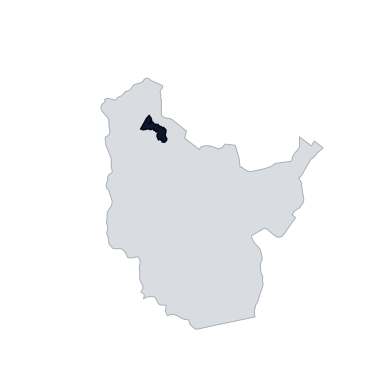 Aweil West, Northern Bahr el Ghazal, South Sudan (highlighted), rotated 37°
{"feature_id": "79223893B18780774215456", "entity_name": "Aweil West", "entity_type": "district", "adm_level": 2, "iso_a3": "SSD", "parent_name": "South Sudan", "parent_adm1": "Northern Bahr el Ghazal", "projection": "natural_earth1", "projection_center": [26.922, 8.906], "detail": "fine", "context": "in_parent", "style": "filled", "palette": "ink", "viewbox_px": 384, "rotation_deg": 37, "n_neighbors": 0, "source": "geoboundaries", "source_scale": "gbopen_adm2", "svg_char_len": 4326}
<svg xmlns="http://www.w3.org/2000/svg" viewBox="0 0 384 384"><g transform="rotate(37 192 192)"><path d="M288.4,287.2L279.2,297.9L278.5,298.5L277.4,299.4L273.7,299.4L269.8,298.8L266.3,296.1L262.7,298.2L260.4,298.9L259.1,299.1L255.8,299.5L251.3,300.6L249.3,302.1L248.2,303.2L247.3,305.3L246.8,305.5L246.0,305.3L244.9,304.4L242.5,303.2L241.2,300.6L240.1,299.0L239.2,298.1L235.4,300.8L233.5,301.4L232.0,301.3L229.2,299.8L226.2,298.6L224.6,298.6L222.3,300.1L219.6,302.5L218.2,304.9L217.5,306.3L216.6,304.1L215.7,302.8L214.4,302.3L211.8,302.8L211.2,302.0L211.1,300.2L210.7,298.5L210.1,297.3L208.1,296.0L203.0,293.4L199.1,288.3L197.1,285.9L195.6,284.4L193.6,280.4L191.3,277.6L188.4,276.3L186.6,277.0L184.7,279.9L181.1,282.7L179.4,282.8L177.3,281.3L174.6,280.2L169.8,279.7L167.8,281.1L165.2,283.2L163.1,284.5L161.7,284.6L160.4,284.1L159.0,283.8L157.7,283.8L155.2,281.8L153.8,280.4L153.0,279.0L151.5,278.1L149.8,277.3L148.6,276.1L148.0,274.6L147.1,272.6L145.8,270.8L141.9,267.6L140.7,265.8L139.9,263.9L138.3,261.9L136.6,259.2L136.1,255.3L136.0,252.1L135.6,250.6L134.9,249.1L134.1,247.9L132.7,246.5L129.5,244.4L126.2,242.1L124.6,240.7L121.6,240.2L119.8,238.8L118.3,235.9L117.7,233.5L116.2,231.6L115.6,230.3L115.2,228.7L116.4,224.0L114.7,222.4L112.1,220.2L110.2,217.8L109.1,215.6L105.8,212.8L98.5,208.5L94.3,205.8L92.0,203.3L90.0,200.9L89.8,199.9L91.1,197.5L91.3,195.5L90.2,193.3L85.9,189.2L82.4,184.7L79.8,183.3L73.5,182.0L71.7,181.5L69.8,180.7L67.9,178.6L67.3,176.2L68.2,172.4L67.6,171.2L66.6,170.9L66.8,170.1L68.0,168.2L70.0,167.0L75.2,165.1L75.5,164.4L75.6,162.0L76.0,160.8L77.9,157.4L78.1,156.1L78.2,153.3L78.4,151.9L79.0,151.0L80.4,149.3L80.9,148.3L81.1,146.2L81.0,141.9L81.7,140.2L85.0,136.2L85.9,134.5L86.2,132.9L86.1,131.3L86.3,129.8L87.3,128.3L88.2,127.8L90.6,127.3L92.2,127.6L103.8,124.9L105.1,125.3L105.7,126.9L105.7,129.4L105.9,130.6L106.5,131.5L108.3,132.7L109.6,134.7L110.3,135.5L112.1,136.8L120.7,148.4L123.1,149.5L125.5,149.1L130.1,146.7L132.5,146.1L148.8,146.7L150.6,146.4L153.2,152.2L154.4,153.5L172.3,153.6L172.0,152.0L172.2,150.1L175.4,146.6L175.8,146.2L178.6,144.5L181.3,143.3L186.5,142.0L188.4,139.9L189.4,138.0L189.4,134.2L190.1,133.6L191.3,132.8L197.3,129.4L198.4,128.7L209.0,136.5L215.0,142.7L215.3,143.0L215.6,143.1L215.9,142.9L216.2,142.6L216.9,142.3L219.5,142.3L224.3,142.0L225.9,141.2L235.5,130.2L238.0,126.6L238.6,125.9L240.0,123.4L241.4,119.1L241.7,118.6L252.3,108.3L252.6,107.4L252.7,106.8L251.1,103.3L250.8,101.5L250.7,98.8L251.0,94.6L250.9,91.9L250.7,91.2L244.7,83.4L259.6,83.3L259.6,82.4L259.6,82.0L259.3,81.1L259.1,79.9L259.1,79.3L259.2,78.6L259.2,78.3L259.2,78.0L259.2,77.8L259.2,77.7L270.0,77.9L269.8,80.0L268.6,85.1L268.6,88.1L268.3,91.6L268.0,92.6L267.4,93.5L267.2,93.9L267.2,94.3L269.6,113.7L269.4,114.5L268.8,115.7L268.7,116.1L268.6,116.4L268.9,116.6L273.8,118.7L274.1,118.9L274.3,119.0L276.1,121.5L285.8,130.7L286.2,131.2L287.2,134.1L287.3,134.5L287.4,135.2L287.3,135.8L287.1,137.5L287.2,138.3L287.4,138.8L287.5,139.4L287.5,139.6L287.4,140.0L286.0,143.3L285.5,145.7L285.4,147.7L285.5,148.9L285.6,149.6L285.8,149.9L285.9,150.0L290.1,150.1L290.1,151.1L290.8,168.6L290.8,170.6L290.6,173.1L290.1,174.0L289.0,175.4L287.5,176.7L283.7,177.0L280.5,177.0L278.3,176.7L275.2,176.6L272.3,176.9L271.3,177.9L267.5,187.2L266.3,189.6L266.0,190.9L266.4,191.7L267.9,192.9L271.1,194.6L274.9,195.5L277.7,196.0L279.6,196.4L281.1,196.9L286.4,201.1L288.1,203.1L289.1,204.8L289.3,206.7L290.1,208.6L295.0,214.4L299.6,217.1L301.4,220.2L303.1,221.7L304.7,223.4L305.6,225.8L307.7,232.8L309.0,236.5L310.4,239.5L311.0,244.3L312.1,246.5L313.2,249.2L315.1,251.6L317.1,253.4L317.4,253.9L297.5,276.7L288.4,287.2Z" fill="#d9dde1" stroke="#a8b0b8" stroke-width="1"/><path d="M140.3,168.5L140.5,166.0L139.7,166.3L139.7,164.6L139.0,164.7L138.8,164.3L136.6,163.0L134.2,158.6L133.5,158.2L132.6,158.9L133.1,158.0L130.4,157.6L129.9,158.5L129.3,159.0L128.4,158.3L126.1,159.1L124.3,158.5L121.2,160.5L118.4,159.7L116.4,162.2L116.7,159.1L114.7,157.6L111.7,156.7L111.4,160.3L113.1,172.5L115.8,171.6L119.0,167.8L121.5,167.1L122.5,164.6L123.1,164.7L123.7,165.4L124.4,165.7L125.0,165.1L127.3,165.5L127.4,163.2L128.0,163.3L129.3,165.3L129.6,167.2L130.7,168.7L133.9,170.5L135.0,168.5L135.6,169.2L137.9,169.4L138.2,169.9L138.5,169.6L138.4,169.1L138.8,169.0L139.2,169.3L140.3,168.5Z" fill="#0f172a" stroke="#020617" stroke-width="1.5"/></g></svg>